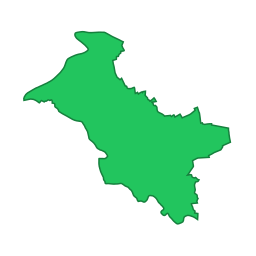 Phu Cu, Hưng Yên, Vietnam, rotated 173°
{"feature_id": "81297802B40785510400399", "entity_name": "Phu Cu", "entity_type": "district", "adm_level": 2, "iso_a3": "VNM", "parent_name": "Vietnam", "parent_adm1": "Hưng Yên", "projection": "albers", "projection_center": [106.192, 20.713], "detail": "fine", "context": "isolated", "style": "filled", "palette": "green", "viewbox_px": 256, "rotation_deg": 173, "n_neighbors": 0, "source": "geoboundaries", "source_scale": "gbopen_adm2", "svg_char_len": 5733}
<svg xmlns="http://www.w3.org/2000/svg" viewBox="0 0 256 256"><g transform="rotate(173 128 128)"><path d="M28.1,101.4L28.4,105.6L28.5,109.8L28.4,111.2L28.5,113.8L28.3,115.6L44.6,120.8L44.5,121.3L44.5,122.0L46.3,122.2L48.7,122.3L51.4,122.2L52.8,122.7L53.2,122.9L53.5,123.1L53.6,124.0L55.2,124.0L55.2,130.5L55.3,134.2L55.7,135.3L56.6,140.1L57.4,139.9L59.8,139.3L59.2,137.4L63.9,134.4L65.2,133.8L66.8,133.3L73.0,131.5L73.7,133.3L74.7,135.4L77.2,134.3L80.1,133.2L80.7,135.3L80.8,135.4L81.0,135.4L81.4,135.3L83.5,134.1L84.5,135.4L85.1,135.3L89.6,135.4L90.3,135.3L90.9,136.3L92.4,137.7L95.2,139.5L96.3,140.4L96.7,141.2L96.9,142.6L96.8,144.8L96.9,145.3L97.3,146.1L98.2,147.1L98.7,147.0L99.1,147.0L99.6,147.3L99.9,147.7L100.0,148.3L100.1,149.1L100.6,149.9L101.1,150.7L99.5,150.7L96.8,150.9L97.1,151.7L97.7,153.3L98.5,154.7L100.8,153.1L102.4,152.3L103.0,152.0L103.5,153.0L104.8,153.9L104.9,154.3L104.9,155.1L105.0,155.5L107.0,158.3L106.6,160.1L106.2,162.4L108.6,162.3L109.4,161.4L109.8,162.1L110.4,162.0L111.8,161.4L113.6,160.5L114.2,162.2L115.4,161.7L116.5,161.4L116.6,162.7L116.6,166.8L116.8,167.5L117.6,167.5L119.3,166.9L121.0,166.8L122.5,167.0L123.3,167.2L123.6,167.4L124.0,167.9L124.2,169.4L124.4,169.7L125.0,169.9L125.6,170.0L128.3,178.1L130.0,176.9L132.7,179.8L134.1,184.4L134.4,190.4L134.8,193.8L134.9,196.9L131.2,197.6L130.7,200.3L128.8,200.3L128.2,201.8L128.0,202.1L127.5,202.5L126.4,203.1L126.1,203.3L126.0,203.5L126.0,204.7L125.7,205.1L125.4,205.2L124.9,204.9L124.6,204.8L124.1,205.1L123.7,205.2L123.3,205.0L122.8,205.1L122.5,205.2L122.3,205.6L123.5,208.4L123.8,209.7L124.0,210.6L123.9,211.0L122.7,213.1L122.2,214.1L123.6,214.9L126.0,216.6L132.5,220.7L136.0,223.3L138.8,225.3L139.5,225.7L140.1,225.9L141.5,226.1L144.9,226.6L152.7,227.1L154.3,227.3L155.8,227.6L160.0,228.9L161.6,229.2L164.5,229.2L166.8,229.1L168.0,228.9L168.8,228.5L169.1,227.9L169.3,227.2L169.3,226.6L169.3,226.1L169.1,225.4L168.4,223.9L167.9,223.1L165.8,220.9L163.8,219.0L160.5,215.4L158.3,212.3L158.1,211.9L158.0,211.5L157.9,211.0L158.1,210.5L158.4,210.1L159.7,209.2L161.4,208.4L163.0,207.9L164.8,207.5L168.5,207.2L171.3,206.7L175.7,205.4L178.0,204.5L179.1,204.0L180.1,203.1L180.6,202.4L181.6,200.7L182.9,198.0L183.9,196.2L184.8,195.0L188.3,191.4L193.0,187.8L195.5,186.0L197.5,184.8L199.8,183.7L201.5,183.1L202.5,182.6L206.6,181.3L208.3,180.7L210.1,180.2L212.4,179.4L214.4,178.9L217.6,177.6L223.3,175.1L224.5,174.3L225.4,173.6L227.1,171.5L227.4,170.8L227.8,170.0L227.8,169.5L227.9,168.1L221.8,168.6L221.0,168.6L218.6,168.0L217.9,167.7L215.7,166.3L213.0,163.8L212.7,163.9L210.8,165.7L210.6,165.8L210.2,165.6L208.0,164.1L206.9,164.8L206.2,164.6L205.6,164.7L204.1,165.5L203.7,165.6L203.1,165.4L202.5,164.9L201.6,164.9L201.1,165.3L200.8,165.3L200.5,165.1L200.2,164.9L200.0,164.0L200.0,162.9L200.2,162.0L198.5,161.4L198.0,161.1L197.8,160.7L197.8,160.4L197.9,158.8L197.9,158.1L197.8,157.9L197.4,157.4L196.1,156.3L195.5,155.6L195.0,154.6L194.7,153.2L194.3,152.7L193.4,151.9L191.2,150.1L187.4,147.4L182.2,143.5L180.7,142.6L180.0,142.2L178.0,141.4L174.1,140.3L173.3,139.9L173.1,139.7L172.5,139.0L172.2,138.1L170.9,135.5L170.2,133.1L169.8,132.4L168.8,129.9L168.6,129.4L168.3,126.7L168.0,123.5L168.0,122.9L167.9,122.3L167.6,121.6L166.7,120.5L165.1,118.9L163.7,117.2L162.5,115.1L161.7,113.1L161.4,112.4L161.0,111.8L160.7,111.4L160.3,111.1L159.2,110.3L158.5,109.7L156.8,109.0L154.2,107.3L153.4,106.4L152.1,104.0L151.8,103.1L151.7,102.7L151.8,102.2L153.0,101.3L153.6,100.8L153.9,100.7L154.4,100.5L155.2,100.5L160.1,101.2L160.4,101.2L160.6,100.9L160.6,100.7L160.8,99.0L161.1,96.9L161.2,95.7L161.2,93.4L160.9,91.0L160.4,88.0L159.5,85.1L158.5,82.2L158.4,81.8L158.5,80.3L158.4,79.5L157.3,77.5L157.4,76.6L157.3,75.9L157.1,75.7L156.8,75.5L156.1,75.4L155.1,75.3L154.1,75.2L149.2,74.1L145.2,73.8L144.1,73.8L142.1,73.9L141.6,73.8L140.8,73.5L139.3,72.2L138.6,71.5L137.8,70.8L135.2,69.3L134.9,69.0L133.7,67.2L132.5,65.9L132.1,65.3L131.5,63.8L130.7,60.5L130.5,60.1L129.7,59.1L128.8,58.2L128.4,57.8L127.9,57.2L127.7,56.7L127.6,55.7L127.3,54.8L126.8,53.9L124.5,54.0L123.7,53.9L123.1,53.6L122.0,52.9L121.4,52.6L120.9,52.5L120.2,52.6L119.5,53.0L118.8,53.5L117.9,54.3L117.2,55.4L116.3,57.2L115.9,57.7L115.5,58.1L114.8,58.3L114.2,58.3L111.8,57.7L111.2,57.3L110.3,56.6L109.7,56.0L109.1,55.3L108.5,54.5L107.8,53.1L107.0,51.1L106.7,50.4L105.1,48.5L104.6,47.6L103.7,46.6L102.5,44.7L102.3,44.2L102.3,43.6L102.5,43.1L102.8,42.7L103.1,42.5L104.4,41.8L105.0,41.3L105.4,40.8L105.5,40.3L105.5,39.8L105.3,39.3L104.9,38.8L104.4,38.0L103.6,37.2L103.1,36.9L102.7,36.8L102.3,36.8L101.9,36.9L101.4,37.1L100.5,37.9L99.6,38.4L99.2,38.5L98.9,38.4L98.6,38.0L98.1,36.7L97.6,35.2L97.3,34.7L95.6,32.5L94.4,30.6L93.7,29.7L92.0,27.8L91.4,27.3L90.9,26.9L90.4,26.8L89.3,26.8L86.3,27.6L85.5,28.0L84.9,28.3L84.6,28.9L84.2,29.6L83.7,31.6L83.4,32.1L83.1,32.7L82.5,33.1L81.5,33.6L80.5,33.8L79.6,34.0L78.9,33.9L78.0,33.7L77.1,33.4L74.2,32.0L72.6,30.9L70.1,28.7L69.7,30.8L69.3,33.0L69.1,34.6L72.2,35.5L71.6,37.3L72.9,38.7L73.1,39.1L73.3,40.2L73.6,42.2L73.7,42.6L74.0,43.0L74.2,43.5L74.3,45.1L72.3,45.2L68.3,45.1L68.6,46.8L68.5,47.2L67.8,48.5L67.1,49.5L67.4,49.9L67.6,50.7L67.7,51.2L67.6,52.7L67.7,53.0L67.9,53.4L68.2,53.7L69.5,54.8L69.8,55.2L69.8,55.8L69.6,56.4L68.9,58.1L68.8,58.6L68.8,59.0L68.9,60.3L69.0,62.3L68.9,63.5L68.6,64.3L67.5,66.2L65.4,66.4L65.0,66.6L64.7,66.8L64.5,67.0L63.9,67.9L64.3,68.0L65.8,69.2L66.4,70.2L67.1,70.7L68.2,70.3L69.6,71.0L70.0,71.3L70.3,71.6L70.5,72.0L70.6,73.5L70.9,73.9L71.5,74.1L74.7,74.0L73.1,75.6L71.6,77.5L68.3,81.2L67.9,81.7L67.7,82.2L67.8,84.6L67.9,86.9L67.9,87.7L66.2,88.4L63.4,89.4L62.3,89.7L51.0,89.0L51.3,90.8L49.9,91.3L47.7,92.1L45.5,93.1L44.1,93.5L38.6,95.0L37.7,96.0L36.5,97.5L36.3,98.0L36.3,98.8L35.0,99.3L28.1,101.4Z" fill="#22c55e" stroke="#15803d" stroke-width="1.5"/></g></svg>